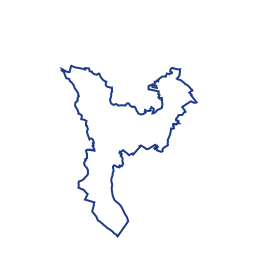 Apahida, Cluj, Romania, rotated 237°
{"feature_id": "2599482B3126144168162", "entity_name": "Apahida", "entity_type": "district", "adm_level": 2, "iso_a3": "ROU", "parent_name": "Romania", "parent_adm1": "Cluj", "projection": "equal_earth", "projection_center": [23.734, 46.787], "detail": "fine", "context": "isolated", "style": "outline", "palette": "blue", "viewbox_px": 256, "rotation_deg": 237, "n_neighbors": 0, "source": "geoboundaries", "source_scale": "gbopen_adm2", "svg_char_len": 5889}
<svg xmlns="http://www.w3.org/2000/svg" viewBox="0 0 256 256"><g transform="rotate(237 128 128)"><path d="M212.4,103.7L210.0,104.7L203.4,103.3L202.3,104.4L201.1,105.3L200.7,105.3L200.0,105.0L198.4,104.9L198.2,105.2L196.0,105.6L193.9,105.8L190.3,105.0L187.4,105.2L183.8,105.0L182.5,104.1L181.4,104.2L180.9,102.3L180.3,101.8L179.1,101.4L179.0,100.8L178.1,100.3L178.2,99.6L178.0,98.8L178.1,97.9L175.6,95.7L174.0,95.7L171.6,95.5L170.5,95.6L169.3,95.1L167.7,94.9L167.1,94.2L164.9,95.7L164.3,95.9L163.4,96.0L160.8,93.6L159.0,95.6L156.4,97.0L154.8,95.2L153.7,94.8L153.3,94.3L152.8,94.2L152.6,94.5L152.2,94.7L150.5,94.1L149.0,93.8L148.4,93.2L148.1,92.5L147.2,91.5L143.9,90.5L139.4,89.5L139.6,90.4L139.4,91.0L139.1,91.5L138.4,92.0L136.9,92.2L134.0,91.1L134.3,90.3L133.7,90.2L133.7,89.8L132.0,89.6L132.2,88.5L128.1,88.1L127.2,87.5L129.8,85.2L129.5,85.1L130.6,84.2L130.5,83.7L131.0,83.3L131.6,82.2L132.0,81.9L132.1,80.8L131.1,80.1L128.5,79.4L126.3,78.0L125.1,77.4L125.1,75.2L124.1,75.3L123.9,74.2L123.3,73.5L123.0,72.6L122.3,71.9L120.8,71.4L118.9,71.4L117.2,71.8L114.4,71.4L113.0,70.4L111.5,69.7L110.5,68.1L110.1,66.0L109.2,62.9L109.2,61.1L109.4,59.6L109.5,58.9L109.9,57.7L108.6,56.4L107.6,56.0L104.8,54.0L104.1,54.6L102.3,55.6L100.6,57.1L99.9,57.1L98.9,57.5L98.1,57.4L96.7,57.6L94.6,58.2L91.8,53.7L91.4,52.9L84.0,59.3L83.3,58.2L81.8,57.3L79.2,54.3L77.5,52.6L76.9,52.5L72.1,53.1L70.2,53.1L68.7,52.8L68.1,52.5L67.1,52.5L66.3,52.7L65.5,53.2L61.9,54.3L61.1,54.6L59.7,54.8L58.4,55.5L55.8,56.0L54.8,56.6L52.2,57.7L49.4,58.7L47.8,58.8L45.4,59.8L44.8,60.3L43.2,60.0L42.7,60.2L49.7,77.4L53.9,78.6L57.8,78.6L63.0,79.3L65.6,79.5L68.6,79.3L73.3,77.8L75.3,77.4L79.6,78.3L84.5,80.5L86.6,81.6L88.1,83.1L89.3,84.0L92.8,85.2L94.7,86.7L95.4,87.5L96.6,89.2L97.9,90.1L99.0,91.1L99.4,91.9L100.0,92.7L102.8,93.8L103.9,94.5L104.0,95.1L104.3,96.1L101.1,97.9L100.8,98.5L100.0,98.9L99.7,99.3L100.4,99.9L100.2,100.1L101.0,100.7L99.3,102.0L100.0,103.1L100.4,104.1L100.9,104.7L101.6,104.7L103.2,105.2L104.9,106.5L106.2,107.0L107.1,107.1L108.4,106.6L108.6,106.9L109.3,108.5L111.0,108.3L111.8,107.3L112.2,107.5L112.4,108.0L112.0,107.9L112.1,108.0L111.8,108.1L112.0,111.9L110.4,112.2L108.1,113.2L104.6,114.1L104.6,115.0L104.3,117.6L104.0,117.6L103.9,118.0L102.9,117.9L104.9,124.8L105.5,127.5L106.6,127.8L106.5,128.2L106.4,128.5L105.9,128.6L106.3,129.3L106.2,129.4L102.2,131.4L100.7,131.6L100.4,132.2L99.5,133.0L99.3,134.6L99.2,141.0L99.0,141.8L97.4,141.7L97.4,142.6L95.9,142.7L95.8,142.0L95.4,141.4L96.7,140.6L96.4,140.2L96.7,139.8L96.7,139.1L96.1,139.1L96.2,139.5L95.9,139.7L92.9,140.4L92.5,140.9L90.1,142.7L89.7,143.7L89.9,144.1L89.8,144.5L91.2,145.2L91.7,146.0L91.6,146.7L92.0,147.3L91.8,150.9L92.0,152.3L93.4,152.8L94.3,153.7L96.2,154.7L99.2,159.2L101.2,161.3L104.1,163.9L102.7,165.4L102.8,166.1L103.0,166.0L103.2,166.3L103.5,166.3L104.1,166.8L104.2,167.1L104.8,167.1L105.2,167.6L105.7,167.1L106.3,167.6L106.4,167.9L106.7,168.1L106.4,168.5L106.6,168.6L106.6,168.9L106.1,169.3L105.9,169.2L104.6,170.4L104.8,171.0L105.2,171.2L105.3,171.5L105.2,171.7L105.0,171.4L104.7,171.4L104.6,171.7L104.9,172.2L104.9,172.5L104.4,173.2L104.7,173.1L106.2,173.5L106.0,173.9L106.5,174.2L107.0,173.9L107.8,173.0L107.9,172.6L108.2,172.7L108.5,172.6L109.4,173.1L110.2,175.6L111.3,177.4L110.8,178.0L110.4,179.0L109.7,180.0L109.5,180.5L109.7,181.6L110.5,183.3L110.5,183.9L110.2,185.1L111.7,185.2L116.1,184.9L116.2,195.2L113.2,197.1L112.2,198.9L112.1,199.5L121.0,198.7L121.1,199.4L124.3,198.7L124.4,200.6L124.3,202.4L125.3,202.5L126.3,202.0L127.2,201.9L128.1,202.0L129.7,201.5L130.6,201.5L131.9,200.9L133.7,199.9L135.6,199.7L136.2,199.3L138.1,198.8L139.5,198.2L141.4,196.5L142.7,195.9L143.0,197.2L143.6,198.2L143.7,199.2L144.3,200.1L145.6,200.9L146.5,202.1L148.7,203.2L148.9,203.5L149.1,203.0L149.6,202.3L152.0,199.7L153.8,198.4L153.7,198.2L154.1,198.0L154.3,197.5L154.1,197.4L154.4,197.0L154.5,196.6L154.0,195.7L152.8,194.3L151.9,194.3L151.2,194.9L150.9,194.7L150.6,195.0L150.4,194.8L150.4,194.6L150.1,194.5L150.7,193.2L150.5,192.0L151.6,191.3L152.5,190.2L150.5,187.6L151.1,187.2L151.6,186.4L152.5,184.4L152.3,181.2L151.9,180.4L152.1,180.0L150.7,178.8L152.1,177.9L151.2,175.9L151.9,175.5L151.5,175.3L151.2,174.7L149.9,173.1L148.8,174.3L148.0,174.6L145.9,174.0L149.0,170.8L151.3,171.8L151.3,170.9L151.8,169.9L151.6,168.9L151.9,168.0L149.2,166.3L147.9,167.8L141.9,173.7L140.6,172.6L140.1,171.8L139.0,172.2L138.7,172.5L138.5,172.4L137.0,170.1L136.3,170.3L136.7,170.4L136.6,170.9L136.0,170.7L135.5,170.8L135.3,171.2L135.3,171.6L134.9,172.7L134.0,172.4L132.4,171.4L130.5,170.4L129.2,169.9L128.4,169.3L127.7,168.3L126.6,167.7L126.5,167.4L126.5,166.2L127.1,162.2L126.9,161.2L126.4,160.4L126.5,159.3L126.3,158.3L126.4,157.6L126.9,156.5L129.7,160.0L132.8,159.0L131.4,156.6L130.3,156.6L130.7,155.2L131.5,153.9L132.8,152.6L133.7,152.1L133.0,151.8L132.8,151.1L131.4,151.2L131.4,148.2L132.4,146.2L132.7,145.8L133.9,145.0L135.0,144.5L136.0,144.8L137.5,144.6L139.1,145.0L141.2,145.2L142.4,145.0L142.7,144.6L142.6,144.3L143.6,142.7L144.3,142.7L145.5,142.1L146.3,141.9L147.7,142.1L148.1,142.0L148.9,141.3L148.8,140.9L149.0,140.0L148.3,137.9L149.1,137.2L151.2,133.8L151.9,132.3L154.2,131.4L154.5,130.8L154.8,130.5L155.2,128.4L157.4,127.4L159.0,127.3L159.7,127.8L161.4,128.3L162.1,129.0L163.2,130.6L164.8,131.9L166.1,132.7L167.0,133.7L167.6,134.4L167.4,134.6L169.1,135.5L169.9,136.2L170.7,136.5L170.8,136.0L171.4,135.2L172.3,134.7L173.6,133.3L174.9,132.8L175.8,132.7L177.1,133.3L177.7,133.8L178.1,134.4L178.7,135.1L179.1,134.8L179.7,134.1L182.4,133.1L185.3,132.9L186.9,133.0L189.2,133.5L189.8,132.7L189.5,131.6L189.6,130.9L190.4,130.3L191.3,129.1L194.0,128.2L194.8,128.4L196.4,126.8L199.2,127.7L201.5,124.9L200.3,124.1L200.2,124.0L200.3,123.7L201.6,123.1L207.9,116.4L211.0,114.4L210.8,113.8L206.7,109.5L207.5,108.3L209.2,106.8L209.8,106.3L210.5,106.3L211.7,105.4L212.7,105.2L213.3,104.8L212.9,104.8L212.4,103.7Z" fill="none" stroke="#1e3a8a" stroke-width="2"/></g></svg>